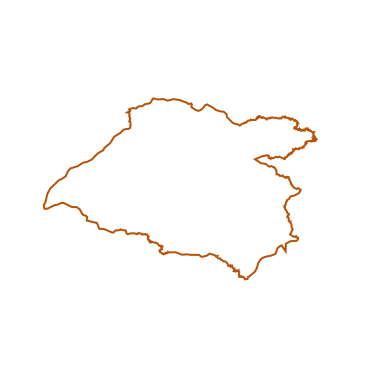 outline of Nong Phok, Roi Et, Thailand, rotated 239°
{"feature_id": "78962969B43863364704456", "entity_name": "Nong Phok", "entity_type": "district", "adm_level": 2, "iso_a3": "THA", "parent_name": "Thailand", "parent_adm1": "Roi Et", "projection": "robinson", "projection_center": [104.197, 16.31], "detail": "fine", "context": "isolated", "style": "outline", "palette": "amber", "viewbox_px": 384, "rotation_deg": 239, "n_neighbors": 0, "source": "geoboundaries", "source_scale": "gbopen_adm2", "svg_char_len": 6097}
<svg xmlns="http://www.w3.org/2000/svg" viewBox="0 0 384 384"><g transform="rotate(239 192 192)"><path d="M241.3,261.7L244.5,260.5L246.7,257.6L249.9,254.8L253.3,253.5L259.3,250.0L259.6,248.0L258.0,243.9L257.8,241.3L258.3,239.1L261.1,237.0L264.5,235.4L266.0,235.7L266.9,236.9L268.2,237.0L269.2,234.2L270.5,234.0L276.8,229.1L281.1,224.1L282.9,218.1L286.1,215.7L289.0,210.2L292.1,207.2L292.1,206.5L290.1,202.7L289.9,201.3L291.6,196.3L291.2,195.1L291.4,193.2L292.7,190.9L292.9,188.7L292.3,187.2L294.5,184.3L295.2,180.8L293.7,181.1L292.9,180.1L293.6,179.1L293.5,177.5L292.8,178.4L291.0,178.6L289.9,178.0L289.6,177.3L286.6,176.8L286.5,176.2L285.6,175.9L284.9,174.8L284.5,175.4L283.8,175.2L280.9,173.8L280.7,173.3L279.3,172.6L278.8,171.8L278.8,169.8L279.7,168.6L280.6,165.5L280.4,163.7L279.6,161.7L279.5,154.7L279.3,153.5L276.0,146.9L274.8,139.3L273.6,137.8L273.6,130.8L271.4,122.7L271.9,117.6L273.2,113.5L273.0,107.3L274.7,100.4L274.6,98.9L273.7,96.5L270.7,92.1L270.2,88.6L270.6,83.5L268.0,72.4L265.0,67.2L258.6,61.0L257.1,58.2L254.1,56.9L253.2,57.4L252.2,59.6L251.4,67.8L250.3,70.5L249.9,74.6L248.3,76.6L240.9,81.4L238.5,85.4L234.9,86.9L229.0,86.6L226.0,88.9L224.5,89.3L222.5,87.5L221.6,87.2L214.4,94.5L208.1,93.6L205.8,97.3L198.4,102.7L197.7,104.0L198.5,106.4L196.8,109.8L196.4,111.1L196.6,111.7L194.8,113.1L193.4,115.2L189.9,114.6L188.8,115.3L188.4,117.4L187.1,120.1L185.0,122.8L184.4,122.7L184.0,123.9L184.4,124.8L184.1,125.7L181.4,127.3L181.5,128.0L180.9,128.0L180.1,129.3L180.2,130.3L178.7,131.0L178.6,131.6L176.8,131.5L176.4,131.9L175.8,131.4L175.8,130.7L173.8,129.9L173.2,130.6L172.2,130.8L172.1,130.1L171.0,130.1L170.8,130.7L170.4,130.2L169.8,131.1L169.9,132.1L167.7,133.9L167.1,135.2L166.3,135.2L165.6,136.0L162.9,136.1L162.3,137.4L161.3,137.6L161.2,138.5L160.8,138.7L160.3,138.6L160.3,137.1L158.5,136.8L158.9,136.3L158.6,135.7L158.9,135.3L158.8,134.6L158.2,134.4L158.3,133.9L156.6,133.6L155.4,134.8L154.2,134.8L153.9,135.5L153.1,135.6L152.9,137.0L153.6,137.7L152.5,138.7L152.9,139.8L152.5,139.6L152.2,141.1L148.6,147.1L143.3,151.2L141.2,155.5L138.7,158.6L134.5,165.6L131.7,166.7L131.0,167.9L129.8,171.9L130.1,175.3L126.2,178.9L124.5,179.2L124.1,181.0L123.2,180.1L122.1,180.0L121.2,180.6L120.3,182.1L119.1,181.8L118.1,182.7L116.2,183.3L115.7,184.4L114.4,185.2L112.4,185.5L110.0,185.0L109.4,186.1L109.8,186.4L109.6,186.9L108.3,186.7L108.8,187.8L108.2,188.6L107.0,187.8L105.5,187.9L104.9,188.8L104.0,188.0L103.7,188.5L102.7,187.0L101.5,188.2L101.9,188.9L101.2,191.3L100.6,190.4L100.2,191.2L99.2,191.4L96.5,189.4L95.1,190.2L95.3,189.2L94.9,188.8L93.5,190.9L93.3,191.9L92.6,191.8L91.7,192.7L89.9,192.4L88.8,194.8L90.3,196.3L90.1,197.2L91.3,204.9L93.1,207.9L96.8,212.1L98.5,215.2L99.2,217.5L98.9,220.6L96.7,227.2L96.1,231.0L96.2,232.0L99.7,236.2L100.2,238.3L100.2,241.3L92.9,241.7L99.4,245.8L99.0,251.2L96.3,256.5L96.7,258.0L98.2,259.4L99.8,257.8L100.5,258.3L101.3,256.1L105.1,254.2L108.1,259.1L110.0,259.1L113.6,260.7L115.1,260.6L116.0,261.3L116.4,260.3L117.4,260.1L118.1,260.2L119.2,261.4L121.4,261.5L121.5,260.8L122.2,261.3L122.7,263.5L123.3,263.8L124.7,262.9L126.4,263.3L129.7,263.0L131.0,263.8L131.2,263.4L132.0,263.6L132.7,264.3L132.9,265.7L134.9,267.3L135.0,268.4L136.0,269.0L136.1,271.7L137.5,273.9L136.2,278.2L136.0,282.9L137.2,285.6L137.7,286.0L137.8,285.4L139.8,285.6L140.7,284.8L140.8,283.1L143.0,281.8L145.2,281.2L145.8,281.6L146.3,281.1L148.1,280.9L148.2,281.4L148.8,281.6L152.7,281.7L153.0,282.3L155.3,282.4L155.8,281.5L155.3,280.7L155.7,279.8L156.6,279.9L156.8,279.0L158.3,278.3L159.4,278.3L159.5,277.2L160.6,275.6L161.6,275.8L162.6,274.6L163.5,274.4L163.7,273.7L166.8,275.3L170.8,275.4L171.1,274.6L173.3,273.5L173.9,271.3L178.1,269.6L181.2,265.9L187.6,262.9L186.5,270.4L185.0,275.0L183.6,276.5L182.9,276.3L182.7,275.6L181.3,275.5L180.3,276.4L180.5,277.1L180.1,277.0L180.3,277.4L179.2,279.0L178.9,282.0L177.6,283.2L177.4,285.0L172.5,288.3L172.6,288.9L173.7,289.6L173.2,291.5L174.2,292.6L174.2,293.0L173.7,293.0L173.8,294.5L174.4,294.6L174.2,295.1L174.6,295.3L174.2,295.8L174.6,296.5L174.0,296.7L173.6,297.4L174.8,298.7L174.6,299.2L175.1,299.6L175.0,300.4L176.2,300.7L175.3,301.2L175.9,302.1L175.3,302.7L175.2,303.5L175.6,303.7L174.9,304.2L174.5,305.6L173.7,305.5L173.7,306.3L174.1,306.5L173.9,308.0L173.0,308.7L173.7,310.1L173.7,311.0L173.2,311.0L173.8,311.6L174.0,313.5L174.6,313.9L174.6,314.5L175.1,314.1L175.8,314.5L176.3,315.5L175.6,315.8L176.0,316.9L175.1,319.5L174.0,319.9L173.7,320.5L174.2,320.6L174.3,321.6L173.8,321.9L174.2,322.2L173.9,322.2L173.9,322.8L173.3,322.8L173.4,323.3L172.7,323.4L172.6,324.3L172.3,324.1L172.3,324.6L173.0,325.0L173.1,326.0L174.4,325.7L174.4,324.7L174.8,324.2L175.3,324.5L174.9,325.1L175.8,325.3L175.8,324.8L176.2,325.3L176.6,324.8L176.5,325.6L177.1,325.6L177.3,325.0L178.0,325.1L178.2,325.7L179.3,325.8L180.2,327.1L180.3,326.5L180.8,326.7L180.8,326.2L181.6,325.6L183.1,325.4L183.9,324.2L184.7,324.7L185.4,323.3L186.8,324.0L187.8,322.4L187.2,322.0L187.4,321.3L187.0,321.6L187.4,320.5L186.8,320.2L187.2,320.0L187.2,319.2L188.3,318.9L188.3,318.3L187.9,318.4L188.1,317.6L190.3,317.0L189.5,316.5L190.4,316.3L190.1,315.8L190.3,315.1L191.1,315.4L191.2,314.7L192.5,314.6L192.4,313.8L193.0,313.9L192.8,313.2L193.5,312.6L193.7,313.1L194.3,312.7L194.8,313.3L194.2,314.4L194.4,315.7L195.0,316.9L195.7,317.0L196.1,318.3L196.9,317.6L197.7,318.4L198.7,317.7L199.2,318.1L199.9,317.2L200.4,317.4L200.5,316.3L201.5,316.4L203.4,315.6L202.6,314.4L202.9,314.7L203.0,313.9L204.0,313.9L204.2,313.0L205.4,313.4L205.8,312.4L207.0,311.3L208.3,310.9L207.7,310.2L208.3,309.5L208.9,309.7L209.9,308.5L209.1,306.2L210.0,305.5L209.9,304.9L211.1,303.3L212.5,302.2L212.7,300.9L214.8,299.2L214.8,297.1L215.5,297.1L215.9,294.3L216.2,294.7L216.5,294.0L215.9,293.4L219.5,291.5L219.1,290.7L220.3,289.5L221.1,289.8L222.0,289.1L221.6,288.8L222.3,288.4L221.9,287.8L222.4,287.9L222.8,287.1L222.0,286.3L222.3,286.1L222.2,285.3L221.1,284.7L221.0,283.7L223.1,279.9L223.9,279.5L223.4,278.3L224.4,276.7L223.5,273.9L224.4,273.0L224.0,271.7L224.6,270.8L224.6,269.4L224.3,267.2L226.1,266.4L227.0,265.1L230.2,262.5L238.1,260.6L241.3,261.7Z" fill="none" stroke="#b45309" stroke-width="2"/></g></svg>